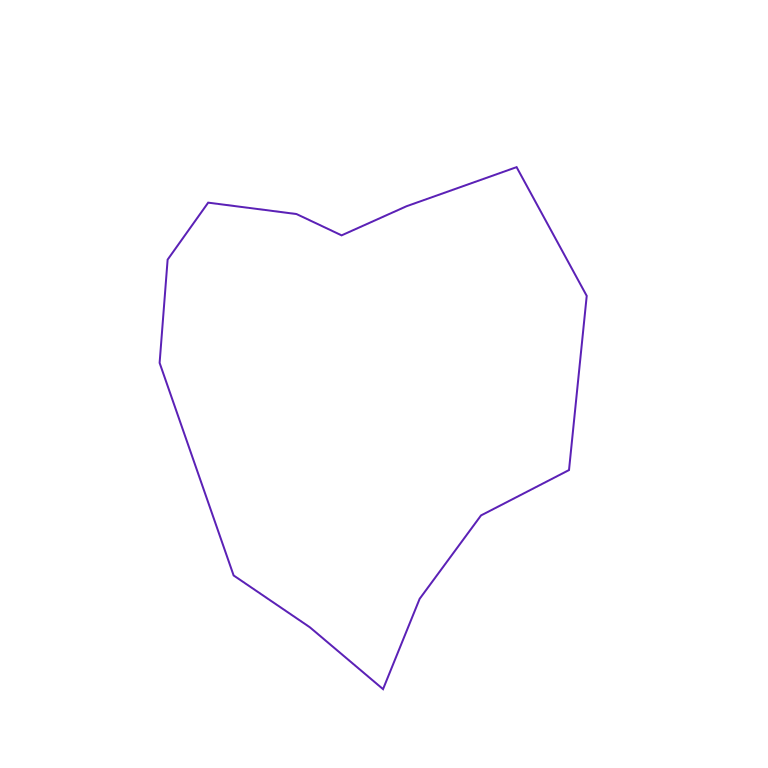 Birkirkara, orthographic projection, rotated 235°
{"feature_id": "MLT-5939", "entity_name": "Birkirkara", "entity_type": "state/province", "adm_level": 1, "iso_a3": "MLT", "parent_name": "Malta", "parent_adm1": "", "projection": "orthographic", "projection_center": [14.465, 35.893], "detail": "fine", "context": "isolated", "style": "outline", "palette": "violet", "viewbox_px": 768, "rotation_deg": 235, "n_neighbors": 0, "source": "natural_earth", "source_scale": "10m", "svg_char_len": 346}
<svg xmlns="http://www.w3.org/2000/svg" viewBox="0 0 768 768"><g transform="rotate(235 384 384)"><path d="M134.6,208.2L227.3,183.7L313.4,151.0L530.0,212.3L610.0,278.1L633.4,344.0L573.4,409.8L530.1,434.5L516.7,504.4L485.6,617.0L339.9,600.6L207.4,486.2L220.7,388.1L187.6,290.0L134.6,208.2Z" fill="none" stroke="#5b21b6" stroke-width="2"/></g></svg>